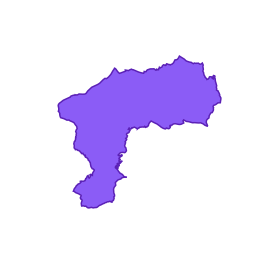 outline of Resita, Caras-Severin, Romania, rotated 115°
{"feature_id": "2599482B11071045688539", "entity_name": "Resita", "entity_type": "district", "adm_level": 2, "iso_a3": "ROU", "parent_name": "Romania", "parent_adm1": "Caras-Severin", "projection": "mercator", "projection_center": [21.973, 45.299], "detail": "fine", "context": "isolated", "style": "filled", "palette": "violet", "viewbox_px": 256, "rotation_deg": 115, "n_neighbors": 0, "source": "geoboundaries", "source_scale": "gbopen_adm2", "svg_char_len": 5810}
<svg xmlns="http://www.w3.org/2000/svg" viewBox="0 0 256 256"><g transform="rotate(115 128 128)"><path d="M142.2,198.3L142.8,197.0L143.8,195.9L144.9,195.4L146.3,194.3L147.1,193.4L146.6,189.7L146.7,186.7L145.7,184.7L146.0,183.8L145.9,181.0L146.0,179.2L147.3,177.1L148.2,175.2L150.1,173.8L151.3,174.1L153.4,173.9L154.3,172.7L154.9,172.4L155.5,172.4L156.6,171.7L157.8,171.8L158.7,171.2L159.0,171.4L159.4,171.3L159.8,170.9L160.6,170.7L161.4,170.7L161.7,170.5L162.1,170.4L162.5,170.8L163.0,170.9L165.3,170.4L166.4,169.4L168.8,168.4L169.2,167.3L169.9,166.5L169.1,165.3L169.5,164.0L169.2,162.8L169.4,161.9L169.7,161.5L170.2,160.0L170.8,159.4L170.8,159.2L170.0,158.1L170.9,157.2L171.0,156.0L170.7,155.2L171.3,154.8L171.7,155.1L172.4,154.2L172.3,153.0L172.8,151.4L173.9,150.5L174.0,149.7L174.5,148.8L174.8,148.6L175.4,147.5L177.0,146.5L178.7,145.2L180.1,143.1L179.8,142.1L180.3,140.8L180.7,140.7L183.8,141.0L184.9,140.7L185.9,140.3L185.7,142.1L186.2,142.6L186.7,142.7L186.8,141.6L189.6,141.8L189.7,142.5L188.0,144.1L188.9,144.6L191.0,144.5L191.7,145.0L192.6,144.7L193.2,144.9L193.8,144.7L195.3,146.1L195.7,147.6L196.4,148.7L196.7,148.6L196.9,148.1L196.7,147.7L198.5,148.2L200.0,149.6L201.0,149.8L201.9,150.4L203.7,150.5L205.6,151.0L208.4,150.8L208.2,150.1L208.7,148.1L208.5,145.0L208.8,142.2L209.2,141.8L211.5,141.7L212.3,140.8L212.4,140.4L212.3,139.9L213.0,139.0L215.9,138.6L217.7,137.5L218.3,137.0L217.4,135.5L217.2,134.0L216.6,133.2L217.3,131.1L217.0,129.7L215.4,127.6L215.1,125.8L214.2,124.5L213.4,123.0L212.7,122.4L210.2,121.2L209.3,120.2L207.0,118.5L206.7,118.0L205.2,117.0L204.8,116.3L203.6,115.5L203.0,114.3L202.0,113.4L202.2,111.9L202.0,111.3L201.8,111.1L201.2,111.6L199.8,110.6L199.1,110.9L198.4,110.7L198.0,110.9L197.4,110.9L196.5,111.8L195.3,111.4L194.1,112.1L192.9,113.4L189.6,115.2L187.8,115.5L185.1,114.9L182.8,116.4L179.6,115.3L178.7,114.6L177.2,112.9L176.2,112.7L175.8,112.4L174.3,110.9L174.0,110.0L173.0,108.2L173.5,110.0L173.6,111.2L173.4,111.8L172.6,113.1L172.4,113.8L172.5,114.6L172.2,115.4L172.4,116.1L171.8,117.0L171.4,118.1L170.2,119.9L169.8,120.9L169.2,120.2L168.8,120.1L168.3,120.1L167.6,121.0L167.8,121.4L169.0,122.0L169.4,122.5L169.1,122.8L168.1,123.0L167.1,122.6L166.9,122.3L166.9,120.9L166.7,120.6L166.2,120.2L165.7,120.1L165.2,120.3L165.0,120.6L165.4,122.0L165.3,122.6L165.0,122.7L164.0,122.0L163.4,120.4L163.2,120.2L160.7,119.5L160.7,119.9L160.9,120.4L162.2,121.5L162.0,122.0L160.9,122.5L159.8,121.8L159.6,122.0L159.6,123.0L159.4,123.3L159.0,123.3L158.1,123.1L155.9,121.7L155.4,121.7L155.0,122.0L154.9,122.2L155.1,122.6L156.1,123.3L156.9,124.6L157.0,124.9L156.9,125.3L156.5,125.5L153.5,124.4L152.2,122.3L151.9,121.0L151.7,120.5L151.0,120.1L149.4,119.8L148.8,120.1L147.0,121.5L146.7,121.8L146.5,122.7L145.8,123.3L145.1,123.7L144.1,123.7L143.3,124.0L142.5,123.9L141.7,124.8L139.1,124.3L138.3,125.7L137.3,124.9L136.3,125.2L135.4,125.1L134.7,126.5L133.9,126.8L133.1,126.5L132.3,125.6L131.7,125.3L131.3,125.2L130.6,125.4L129.4,125.1L128.7,125.7L129.1,127.1L127.7,127.1L127.5,126.8L127.8,126.5L128.0,125.9L127.6,125.0L126.8,124.4L126.5,124.3L126.2,124.6L125.9,124.4L125.8,123.7L125.2,123.3L124.5,122.5L124.5,122.1L124.7,119.8L124.7,119.4L124.8,119.3L124.5,119.1L124.8,119.0L123.7,118.5L123.0,117.8L122.4,117.7L121.1,115.6L120.5,114.2L119.9,113.8L119.8,113.4L120.0,113.2L119.8,112.9L119.6,113.0L119.7,112.6L120.0,112.5L120.0,112.3L119.3,112.0L119.3,111.6L119.0,111.2L118.2,111.1L117.8,110.7L117.4,110.5L115.5,110.9L113.9,110.7L111.9,110.0L112.1,106.5L112.1,103.4L112.7,100.3L113.2,98.4L113.4,96.0L113.2,94.3L112.9,93.5L111.9,93.3L111.7,92.9L111.7,92.0L111.5,90.9L110.9,90.3L109.8,90.0L109.3,90.1L108.8,90.7L108.3,90.3L107.9,90.9L107.7,90.7L107.8,90.5L107.3,90.1L106.7,89.3L105.3,88.7L104.2,87.2L103.2,83.2L102.7,82.2L102.0,81.3L99.9,79.6L98.2,81.2L97.1,81.0L97.4,78.0L96.6,75.6L96.0,71.8L95.0,69.9L93.6,66.2L92.6,64.3L92.5,61.6L93.0,59.4L92.9,58.6L93.0,58.0L92.8,56.9L92.3,56.9L89.7,59.6L87.6,60.1L85.8,59.6L85.6,59.3L84.7,58.9L82.5,59.6L80.1,59.4L78.8,59.0L78.4,58.2L76.3,58.1L75.5,58.2L74.0,59.0L73.3,59.1L73.0,59.7L72.5,60.0L71.3,60.0L70.6,59.2L69.5,58.3L67.2,57.1L66.1,55.0L63.9,55.7L63.3,55.8L61.5,56.5L59.6,59.0L59.0,59.0L57.5,60.6L56.7,61.8L56.4,61.8L56.2,63.8L54.9,64.2L53.7,65.2L52.2,65.5L48.6,68.6L46.3,70.0L45.9,70.6L44.3,71.1L44.1,71.7L44.3,72.7L45.5,72.7L46.9,71.4L47.4,71.3L47.4,72.6L46.3,73.7L46.9,75.5L47.4,75.8L48.4,75.7L49.6,76.0L49.9,76.2L50.7,77.0L50.0,77.6L49.8,78.5L49.2,79.9L48.8,80.0L48.1,81.2L47.3,81.9L46.1,82.8L45.7,83.0L44.9,84.2L43.0,84.5L40.3,86.3L39.2,86.4L37.7,88.1L39.1,88.8L39.5,89.3L39.8,90.0L39.5,91.7L39.8,92.0L40.2,93.1L40.7,93.6L41.1,95.4L42.0,95.8L42.1,96.8L41.8,98.3L41.8,98.8L42.1,99.1L42.3,100.3L42.6,103.1L42.5,104.1L41.8,106.0L41.1,111.8L43.4,111.9L44.8,112.2L45.7,113.0L46.4,114.2L49.7,114.3L51.4,115.0L52.2,115.8L53.0,116.4L53.0,117.5L53.4,118.3L53.3,119.1L53.5,120.1L54.0,120.1L54.4,120.4L55.1,120.1L55.4,120.4L55.6,120.9L55.5,121.9L55.7,122.5L57.0,123.1L58.4,123.0L58.7,123.2L59.3,123.9L60.0,124.2L60.3,124.6L59.9,125.2L60.7,125.1L61.4,125.3L62.1,124.9L62.7,125.4L62.7,126.2L62.5,126.8L62.6,127.0L63.5,126.8L63.9,127.4L63.4,129.0L63.4,129.5L65.1,132.9L67.1,135.0L68.2,135.4L69.2,135.4L69.5,135.7L69.9,136.8L69.9,137.2L71.5,136.9L71.8,137.0L72.4,139.4L72.8,142.0L73.0,147.9L73.3,148.7L73.2,149.7L74.3,150.8L75.9,152.0L76.0,152.8L76.6,154.9L77.5,154.2L82.1,158.8L81.3,161.2L79.9,163.6L79.5,164.5L79.5,165.5L80.8,165.5L82.1,165.8L86.7,166.2L90.1,167.2L92.3,168.3L92.8,169.9L94.7,170.9L99.4,172.6L101.3,173.8L106.4,178.1L111.4,180.1L114.6,180.7L115.6,181.6L116.5,183.3L117.9,186.8L119.4,187.8L119.8,188.8L120.2,189.1L120.2,190.1L120.8,190.2L121.4,191.4L123.2,193.2L124.4,193.4L124.5,193.7L124.8,193.8L130.1,198.3L134.5,200.6L135.9,201.0L137.3,200.7L139.4,199.1L141.4,198.2L142.2,198.3Z" fill="#8b5cf6" stroke="#5b21b6" stroke-width="1.5"/></g></svg>